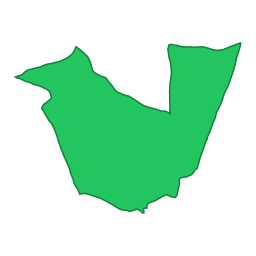 Buah, Grand Kru, Liberia (Natural Earth projection)
{"feature_id": "62588387B84481919127843", "entity_name": "Buah", "entity_type": "district", "adm_level": 2, "iso_a3": "LBR", "parent_name": "Liberia", "parent_adm1": "Grand Kru", "projection": "natural_earth1", "projection_center": [-8.171, 4.859], "detail": "fine", "context": "isolated", "style": "filled", "palette": "green", "viewbox_px": 256, "rotation_deg": 0, "n_neighbors": 0, "source": "geoboundaries", "source_scale": "gbopen_adm2", "svg_char_len": 3080}
<svg xmlns="http://www.w3.org/2000/svg" viewBox="0 0 256 256"><path d="M207.4,139.0L206.8,138.0L207.4,137.0L207.9,136.1L209.6,132.5L210.6,129.8L210.8,129.3L212.0,125.9L212.4,124.3L213.4,121.9L214.9,118.7L215.9,114.9L216.6,112.4L216.7,111.9L217.5,110.4L219.2,107.2L220.0,105.5L220.7,104.1L222.3,100.0L223.3,96.7L224.0,94.4L224.7,92.7L224.9,92.1L225.1,91.8L225.7,90.5L227.3,87.8L228.2,85.4L228.4,84.9L229.2,83.0L230.1,80.5L231.8,75.5L233.8,69.5L235.8,61.9L236.4,58.3L237.0,56.6L237.8,54.1L240.2,46.3L240.6,43.5L240.6,43.0L239.8,43.1L235.4,44.7L234.3,45.3L230.9,46.4L228.8,47.3L225.7,48.5L223.5,49.5L219.4,50.2L216.9,50.4L214.1,49.9L211.9,49.4L207.8,48.0L206.8,47.8L202.6,46.7L201.7,46.8L200.9,46.9L197.8,47.0L196.9,47.1L193.0,47.2L191.4,46.9L190.1,46.8L187.2,47.2L186.0,46.9L182.7,46.8L181.2,46.7L177.4,45.3L176.1,45.4L172.7,44.9L172.0,44.3L169.0,44.8L167.8,49.6L168.1,51.0L168.9,55.9L169.0,57.5L169.9,59.9L170.2,61.6L170.7,63.2L171.1,68.5L171.3,70.0L171.5,72.4L171.1,76.0L170.9,77.7L170.4,81.2L170.0,82.8L170.1,83.8L169.6,90.2L169.6,90.9L169.7,95.2L169.7,96.8L169.7,101.1L169.8,102.4L169.9,107.3L169.8,108.9L170.0,113.7L167.8,112.2L165.1,111.1L163.3,111.1L162.2,111.2L157.5,109.7L156.4,109.3L151.0,107.9L150.2,107.8L144.7,106.0L143.5,105.5L138.5,102.3L137.3,101.4L132.2,98.2L131.6,97.7L128.4,95.9L126.2,95.7L125.3,95.2L121.2,93.8L120.3,93.1L117.4,92.2L116.5,91.3L115.4,90.5L112.5,86.4L112.2,85.8L109.6,82.8L108.8,81.8L108.3,81.4L106.9,79.0L105.6,77.9L104.5,77.3L101.5,76.2L100.5,76.0L97.0,74.1L96.3,73.6L95.1,73.0L94.0,72.2L93.4,71.4L92.9,71.0L91.6,67.0L91.4,65.7L90.3,62.3L89.3,59.8L88.1,57.5L87.1,56.0L86.1,55.3L83.6,52.6L81.7,51.3L78.3,48.3L76.0,46.8L75.7,47.6L74.1,51.2L71.9,54.4L67.4,57.7L64.7,59.2L61.1,60.9L56.1,62.3L53.7,62.9L49.8,63.8L47.1,64.2L45.9,64.6L44.3,65.2L40.4,66.9L36.9,67.7L32.5,68.9L32.2,69.0L27.5,70.1L24.2,72.5L22.3,74.6L18.6,75.8L15.4,77.0L17.6,78.3L19.0,78.2L20.1,78.7L24.2,80.6L26.4,81.7L27.7,81.8L29.9,82.6L32.8,84.0L35.2,84.9L36.9,85.1L40.1,86.3L43.1,87.4L43.7,88.1L45.8,88.7L48.6,90.7L50.1,92.5L50.7,94.9L51.0,95.9L51.4,97.7L50.8,99.0L49.6,99.9L48.6,100.6L46.3,102.7L44.6,103.6L43.2,105.1L42.1,107.4L41.7,108.9L42.8,109.9L43.6,111.1L44.9,113.8L48.4,119.4L48.7,120.1L52.0,124.2L52.5,125.4L54.4,129.2L54.9,130.4L56.5,134.8L57.0,136.3L58.5,141.2L60.3,146.4L60.6,147.9L62.8,152.9L63.2,154.4L64.3,156.7L67.6,164.3L69.5,168.4L70.3,172.1L71.8,176.2L73.1,179.4L74.1,183.3L75.6,186.2L77.6,189.0L79.0,192.4L79.8,194.2L80.1,193.9L85.4,193.5L89.3,194.6L95.2,196.6L100.2,198.2L105.3,200.7L112.3,204.6L118.9,208.7L120.6,209.4L122.8,210.0L126.2,210.3L128.9,211.1L129.8,211.4L134.3,210.1L136.7,209.1L140.1,210.6L142.1,212.7L143.8,213.0L144.0,211.3L143.3,209.0L145.0,208.1L146.8,208.1L147.1,205.4L148.3,203.2L151.5,202.0L155.0,200.8L158.7,198.7L161.1,197.3L166.2,194.7L170.0,196.3L173.3,197.2L175.4,197.4L177.0,195.1L178.4,188.2L179.6,183.6L179.1,180.8L179.7,178.4L182.8,177.3L186.7,176.9L188.5,175.9L191.2,174.9L193.6,172.6L194.5,170.4L197.2,168.4L200.3,157.1L202.9,150.4L205.0,143.8L206.5,139.9L207.4,139.0Z" fill="#22c55e" stroke="#15803d" stroke-width="1.5"/></svg>